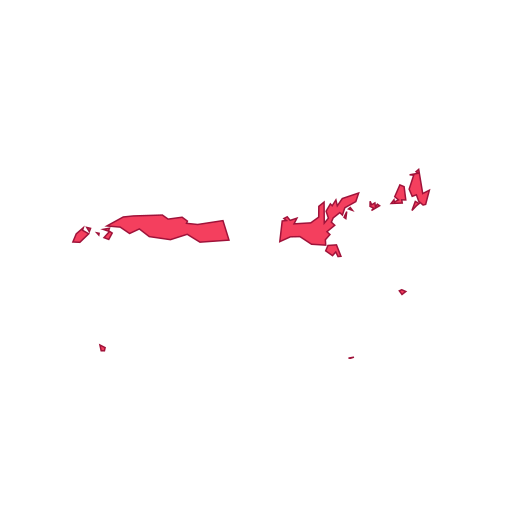 the Province of Palawan, rotated 46°
{"feature_id": "PHL-2534", "entity_name": "Palawan", "entity_type": "Province", "adm_level": 1, "iso_a3": "PHL", "parent_name": "Philippines", "parent_adm1": "", "projection": "albers", "projection_center": [119.135, 9.647], "detail": "medium", "context": "isolated", "style": "filled", "palette": "rose", "viewbox_px": 512, "rotation_deg": 46, "n_neighbors": 0, "source": "natural_earth", "source_scale": "10m", "svg_char_len": 1963}
<svg xmlns="http://www.w3.org/2000/svg" viewBox="0 0 512 512"><g transform="rotate(46 256 256)"><path d="M225.8,264.4L207.1,286.7L192.6,290.4L184.8,306.2L167.9,319.3L155.5,321.1L152.0,331.3L140.9,333.6L130.8,342.4L135.7,324.4L142.0,316.4L161.5,294.9L168.4,293.6L176.8,282.2L183.3,281.1L184.2,283.3L192.8,276.1L207.6,255.2L225.8,264.4ZM249.0,212.8L251.6,209.5L248.4,209.9L249.5,206.3L254.1,206.7L257.2,200.3L259.3,206.3L270.2,193.6L271.6,183.9L263.9,176.3L264.5,169.6L279.8,184.1L279.1,177.6L272.5,174.5L270.2,166.3L272.8,166.3L271.2,159.6L276.4,162.7L274.6,154.0L282.0,138.4L286.2,146.4L283.0,158.6L286.6,165.4L283.0,165.6L282.2,174.0L284.0,178.3L288.6,178.0L287.8,188.1L291.9,187.9L292.5,194.8L296.6,198.3L286.1,207.9L272.6,210.9L266.1,217.9L262.2,228.9L249.0,212.8ZM336.7,98.1L335.4,100.4L329.6,100.9L323.4,98.1L321.6,102.2L314.3,99.4L307.4,86.4L304.3,89.1L309.2,81.8L306.5,82.3L306.7,78.8L326.9,92.7L329.1,85.6L336.7,98.1ZM309.0,101.3L319.7,109.3L316.8,112.2L319.5,114.0L312.1,122.3L311.4,117.7L313.3,119.0L314.6,114.5L309.7,115.0L304.8,103.1L309.0,101.3ZM303.9,190.4L315.2,195.1L313.4,197.4L308.5,195.8L308.9,200.7L300.7,202.3L298.4,196.9L303.9,190.4ZM123.8,360.9L123.8,373.2L118.7,378.0L115.2,369.9L115.7,360.6L117.0,362.9L123.8,360.9ZM139.6,343.5L141.8,350.4L137.2,352.6L136.6,344.2L139.6,343.5ZM305.7,132.2L303.5,141.3L303.5,138.1L299.5,139.5L295.9,135.9L299.5,137.2L300.4,133.6L303.5,135.9L303.0,132.7L305.7,132.2ZM218.9,430.9L216.6,433.2L211.6,430.1L217.1,428.2L218.9,430.9ZM331.6,102.2L331.3,105.6L331.6,112.2L327.4,103.5L331.6,102.2ZM385.6,172.9L385.1,177.7L380.6,177.1L381.5,174.6L385.6,172.9ZM287.1,159.9L291.5,165.4L289.3,165.8L287.1,159.9ZM134.2,342.1L135.6,344.9L130.7,347.4L134.2,342.1ZM122.7,359.0L117.9,357.9L121.2,355.8L122.7,359.0ZM286.6,154.5L290.2,154.9L286.4,156.8L286.6,154.5ZM128.8,354.4L130.7,353.1L131.7,354.5L128.8,354.4ZM396.8,255.8L395.2,259.1L393.7,260.4L396.8,255.8Z" fill="#f43f5e" stroke="#9f1239" stroke-width="1.5"/></g></svg>